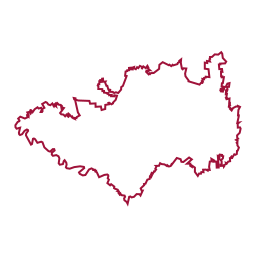 outline of Hueyapan de Ocampo, Veracruz, Mexico
{"feature_id": "50627088B79595248212250", "entity_name": "Hueyapan de Ocampo", "entity_type": "district", "adm_level": 2, "iso_a3": "MEX", "parent_name": "Mexico", "parent_adm1": "Veracruz", "projection": "robinson", "projection_center": [-95.171, 18.195], "detail": "fine", "context": "isolated", "style": "outline", "palette": "rose", "viewbox_px": 256, "rotation_deg": 0, "n_neighbors": 0, "source": "geoboundaries", "source_scale": "gbopen_adm2", "svg_char_len": 5796}
<svg xmlns="http://www.w3.org/2000/svg" viewBox="0 0 256 256"><path d="M223.9,166.6L224.2,166.2L223.7,165.2L226.3,164.0L225.9,162.8L227.0,163.2L228.2,161.6L230.1,161.2L229.9,158.2L231.3,158.1L230.8,157.4L231.6,156.4L232.6,157.1L234.3,154.3L235.3,154.8L236.8,154.0L237.0,150.9L237.7,150.6L238.9,147.6L237.4,145.4L237.4,142.9L236.1,143.3L237.3,142.1L237.6,140.8L236.1,139.9L238.1,138.7L237.2,137.6L237.1,135.4L239.7,132.8L240.6,128.6L240.0,127.4L237.8,127.6L237.7,123.7L239.0,122.6L237.3,122.9L238.7,116.5L238.8,115.4L238.0,115.4L238.4,110.0L240.0,106.9L237.8,105.9L237.7,106.6L236.0,106.5L233.0,108.1L231.6,110.5L230.3,109.2L230.8,109.0L230.9,108.5L228.9,106.9L229.7,105.8L229.0,105.7L229.1,105.0L229.9,104.9L229.9,102.9L229.2,103.0L229.5,98.5L226.5,99.2L226.0,98.0L226.9,97.8L226.4,97.0L226.9,94.1L225.8,94.2L226.0,91.9L226.6,92.0L227.3,90.2L226.4,90.0L227.4,89.2L227.1,86.9L229.0,86.8L229.5,83.1L227.4,83.6L225.7,86.9L224.3,86.9L224.1,88.9L222.6,88.9L222.0,90.4L223.1,90.6L222.9,91.6L221.1,91.4L221.3,90.4L220.4,90.3L220.7,88.9L222.2,88.9L222.5,86.4L221.6,86.3L221.9,83.3L222.8,83.2L223.9,77.2L222.0,77.3L222.2,76.4L221.1,76.4L221.0,71.5L222.4,71.8L222.0,69.0L219.3,69.1L218.9,64.5L220.3,64.4L220.2,63.6L225.1,63.4L226.2,61.6L222.8,58.0L222.2,53.6L221.2,52.2L218.3,54.6L214.7,54.4L212.1,56.9L210.0,57.0L210.1,58.8L209.6,58.8L209.4,60.1L210.0,61.5L207.0,61.0L207.2,63.0L204.8,62.6L204.8,68.7L208.5,69.2L209.4,77.1L205.8,76.7L205.8,77.5L204.1,77.9L204.1,79.2L202.4,78.9L202.9,81.5L201.9,81.3L202.1,82.9L201.1,82.8L199.5,84.6L188.5,81.3L188.6,80.5L185.5,76.3L185.1,73.6L186.3,68.5L183.5,68.3L182.7,69.3L181.9,68.6L180.8,62.8L181.1,59.4L179.2,60.9L179.2,62.2L177.9,62.8L177.4,64.1L173.1,65.4L172.6,64.8L171.2,66.1L169.5,64.7L168.8,65.2L162.7,62.2L159.4,64.8L159.1,68.9L153.7,73.0L150.9,73.1L150.1,74.0L149.6,73.5L148.7,74.4L146.1,71.8L146.5,70.7L148.5,71.3L148.4,69.8L149.7,70.0L147.6,68.1L148.3,67.5L147.4,65.8L145.7,68.1L143.3,66.4L141.7,69.2L142.4,67.2L139.9,65.9L138.3,68.1L137.1,67.2L135.8,69.2L133.9,68.2L134.1,67.0L132.7,67.5L132.7,69.4L130.9,69.3L130.8,67.7L129.0,67.9L129.1,70.2L127.2,70.3L127.2,71.1L125.6,71.5L125.1,75.8L126.6,76.0L126.5,76.4L122.9,85.9L121.2,87.1L121.1,89.6L118.2,93.0L115.9,92.3L114.1,93.0L112.8,91.9L109.3,91.8L109.4,90.8L108.5,90.0L110.1,90.4L110.2,89.8L108.3,89.4L107.3,85.8L106.4,85.8L105.1,82.5L105.6,81.5L102.3,81.8L103.1,81.2L103.0,78.6L102.1,78.7L102.1,80.0L100.2,80.1L100.3,81.4L99.3,81.3L99.3,84.2L98.3,84.1L97.7,85.6L98.4,86.3L98.3,89.0L102.3,89.1L102.4,91.1L104.0,91.0L104.0,92.6L107.8,93.1L107.5,93.8L109.4,94.6L109.3,95.2L111.6,94.9L111.2,96.2L114.3,96.3L114.4,95.3L117.0,95.7L115.7,99.8L112.9,102.7L113.0,103.4L111.5,104.3L109.1,102.7L108.4,102.9L108.9,104.3L105.3,104.9L105.2,109.0L101.6,110.0L100.9,106.5L95.6,106.8L95.5,103.4L90.1,103.7L89.4,100.9L78.3,100.5L75.6,99.7L75.5,98.3L73.8,98.0L74.2,99.3L75.0,99.5L77.9,112.4L79.7,115.4L76.7,117.1L76.5,118.1L74.3,117.9L74.7,118.9L73.1,118.2L72.3,116.7L71.9,117.2L69.9,115.0L68.4,116.8L68.0,116.5L67.7,116.2L69.1,114.2L68.3,113.5L67.2,115.1L66.5,114.5L65.1,116.3L63.5,114.6L61.2,114.3L60.1,113.0L63.9,108.0L62.1,107.4L62.1,108.5L61.6,108.8L61.2,106.7L61.8,106.7L61.9,106.0L60.7,104.9L59.0,104.8L57.4,103.2L56.7,104.5L55.9,103.2L55.1,103.9L55.9,106.2L54.7,105.3L54.0,106.5L53.3,105.5L53.6,104.4L52.6,104.2L52.3,103.5L50.3,105.2L48.3,104.5L47.0,102.7L45.6,102.0L42.2,104.0L44.4,107.8L42.0,109.2L42.6,111.0L42.0,112.0L40.7,112.0L41.9,109.3L41.2,107.8L38.6,108.5L37.5,107.3L34.7,109.2L32.6,112.2L31.3,110.3L30.5,110.1L30.2,110.8L31.3,112.3L30.6,113.6L29.3,111.9L27.3,112.4L28.7,115.1L28.6,116.4L26.9,114.3L27.5,117.3L24.9,118.5L20.3,116.7L18.2,118.6L19.5,120.5L19.3,121.2L17.7,121.9L15.4,125.2L15.5,127.2L16.6,128.7L20.1,127.7L18.9,132.8L19.2,134.3L20.0,135.0L22.1,134.2L24.6,130.8L26.9,129.5L28.0,130.1L28.1,130.9L26.1,133.6L26.0,135.4L31.0,144.6L32.0,144.0L33.0,138.8L33.9,138.5L35.1,139.2L37.4,142.8L41.2,141.7L42.5,142.3L44.4,147.4L48.5,151.1L50.1,151.6L52.8,149.1L54.2,149.1L54.6,150.5L51.9,152.7L51.8,154.6L52.9,155.8L56.3,155.1L58.5,156.3L59.4,158.4L58.7,163.3L59.8,164.7L62.9,164.1L63.8,161.0L64.6,160.2L66.3,162.7L66.6,164.6L65.9,167.3L66.7,168.2L69.7,168.7L74.3,167.1L80.1,166.3L83.9,166.9L84.2,168.1L79.0,172.4L79.7,173.8L82.8,175.4L85.4,175.0L89.0,169.5L91.5,168.4L93.2,169.3L93.2,170.0L94.5,170.0L94.8,169.0L95.1,170.6L95.9,170.7L95.5,171.6L96.8,172.2L99.1,177.2L104.4,174.9L107.3,174.5L108.2,175.2L108.3,176.4L107.7,178.2L108.9,179.7L107.4,183.1L110.1,185.3L111.1,184.2L114.3,186.6L114.0,188.1L114.7,188.6L117.7,189.7L118.5,191.0L117.8,191.3L118.9,191.8L118.5,193.0L119.2,193.9L120.1,193.4L120.1,194.8L121.2,194.5L121.7,195.2L124.6,195.6L125.1,196.8L124.1,198.4L124.4,200.2L126.6,201.9L127.6,203.8L129.2,196.8L130.4,196.5L131.6,197.4L134.0,196.8L136.6,194.1L139.5,194.2L140.5,195.5L142.7,190.6L141.6,190.6L140.7,188.4L144.2,185.1L144.0,184.0L145.5,183.7L147.3,179.7L149.7,178.9L149.9,176.7L151.0,177.3L151.9,175.3L150.9,174.8L151.7,172.9L152.9,173.5L154.0,171.4L154.6,171.6L156.1,169.5L155.3,168.8L156.5,166.4L156.0,165.9L159.0,165.8L160.1,163.2L161.7,164.1L164.5,164.4L166.9,166.0L167.3,165.2L168.9,166.5L170.7,166.0L171.5,164.3L171.8,164.6L176.8,158.0L180.6,159.2L181.4,161.8L183.3,162.0L189.1,157.5L191.8,159.4L187.0,163.7L190.3,163.7L190.2,165.8L191.8,166.8L191.7,165.4L194.9,167.6L194.9,171.9L197.8,175.9L199.1,173.5L200.9,173.7L201.3,172.1L203.5,172.2L203.1,169.7L205.9,169.6L207.7,170.6L207.8,169.7L209.7,169.9L209.1,166.9L209.8,161.6L211.7,161.3L211.4,158.8L214.2,160.5L213.7,161.7L216.4,161.6L216.7,167.6L218.7,167.5L217.9,157.0L219.5,158.8L219.3,156.6L218.3,156.4L218.4,155.6L219.3,155.5L219.7,154.6L221.9,154.9L221.6,155.9L223.2,156.2L222.9,158.3L221.0,160.3L221.6,161.3L221.7,164.5L220.6,164.6L220.7,165.9L223.8,165.8L223.9,166.6Z" fill="none" stroke="#9f1239" stroke-width="2"/></svg>